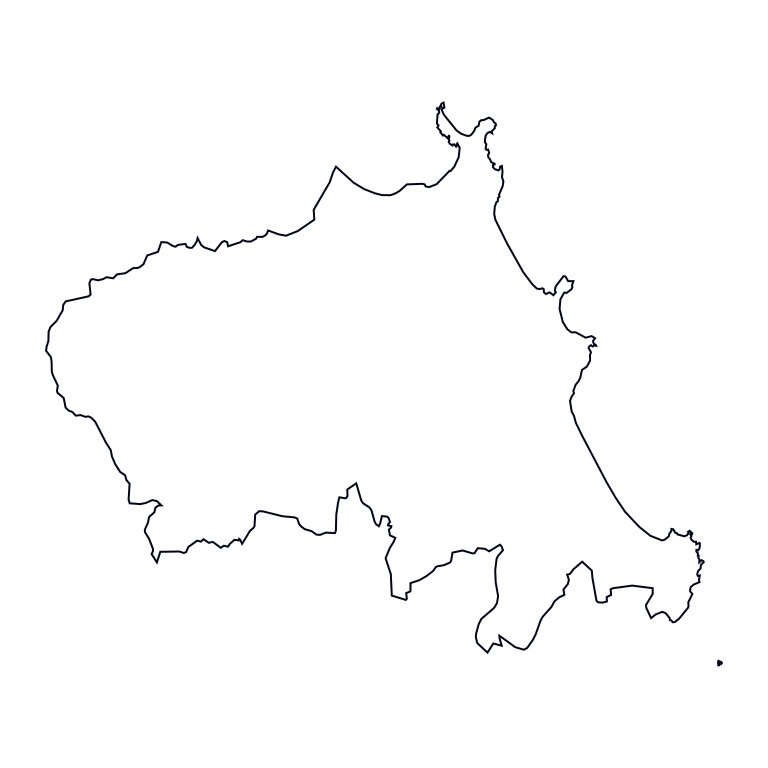 Binh Son, Quảng Ngãi, Vietnam
{"feature_id": "81297802B82760747397164", "entity_name": "Binh Son", "entity_type": "district", "adm_level": 2, "iso_a3": "VNM", "parent_name": "Vietnam", "parent_adm1": "Quảng Ngãi", "projection": "equal_earth", "projection_center": [108.804, 15.309], "detail": "fine", "context": "isolated", "style": "outline", "palette": "ink", "viewbox_px": 768, "rotation_deg": 0, "n_neighbors": 0, "source": "geoboundaries", "source_scale": "gbopen_adm2", "svg_char_len": 6096}
<svg xmlns="http://www.w3.org/2000/svg" viewBox="0 0 768 768"><path d="M651.1,618.1L655.6,614.5L662.3,611.8L665.7,613.2L669.6,618.0L669.9,620.1L671.4,620.4L672.6,622.2L674.7,622.1L679.1,618.7L687.9,607.9L688.5,606.5L688.3,602.3L692.4,594.0L690.1,591.3L690.3,588.6L690.9,586.9L693.8,584.5L699.5,582.1L698.9,580.0L699.8,575.5L697.9,575.9L697.3,574.7L697.5,572.7L698.4,570.6L700.5,568.7L701.0,564.7L703.7,562.2L703.4,561.1L701.5,560.2L699.3,562.3L699.4,559.3L698.3,558.1L698.7,555.8L697.8,555.7L697.9,553.3L696.3,551.5L696.5,549.8L698.3,550.3L699.7,547.6L699.9,543.4L699.3,542.9L696.3,544.3L696.1,541.8L694.0,541.8L691.6,539.8L690.6,537.6L691.5,536.0L690.3,534.5L690.9,533.4L692.2,533.8L692.2,533.1L689.6,530.8L688.0,531.9L688.7,532.7L687.2,535.1L684.3,536.3L677.5,534.4L677.2,533.3L675.3,532.8L673.3,529.3L671.4,528.9L671.4,531.0L669.5,533.4L668.7,536.5L664.5,539.8L662.0,540.4L650.4,535.8L639.3,526.9L625.0,511.7L615.8,498.0L606.5,482.1L581.8,435.1L575.8,422.7L574.0,415.9L571.7,411.5L570.0,401.1L571.6,396.7L574.0,393.2L573.3,391.2L575.6,384.8L578.7,381.0L580.3,377.5L582.0,369.9L586.8,366.7L590.1,360.5L590.0,354.9L591.0,352.3L588.6,348.0L589.0,346.7L591.0,345.2L592.7,346.5L594.5,345.4L596.1,345.8L595.7,344.8L594.1,344.1L593.2,342.2L593.1,340.8L595.1,338.2L591.5,336.1L585.6,337.7L575.7,332.3L571.2,332.3L567.3,329.2L562.8,322.0L559.6,309.0L560.4,299.3L564.2,292.6L566.6,292.9L571.5,289.2L572.4,287.1L572.0,285.2L573.4,281.1L568.1,281.1L565.5,276.5L563.5,276.2L555.7,286.4L554.8,290.8L555.9,292.2L553.4,295.2L549.7,292.4L545.8,294.0L544.0,292.4L543.7,289.2L542.4,288.3L539.6,289.1L536.9,288.6L532.6,284.6L523.3,272.3L507.2,243.7L495.4,219.8L494.2,214.0L494.8,206.6L496.4,202.2L497.8,201.3L498.0,198.0L499.5,196.7L499.0,194.8L502.7,186.1L503.4,181.2L502.0,177.3L502.5,171.4L501.8,165.9L500.1,166.7L499.6,169.4L498.4,170.4L494.7,169.1L492.8,166.8L493.0,165.0L494.6,164.5L494.6,163.7L491.1,162.1L490.1,159.4L488.4,157.5L488.0,154.9L489.2,153.0L488.1,149.5L486.4,149.8L485.6,148.9L486.3,144.2L485.0,142.3L485.0,139.4L485.8,135.4L487.5,133.0L489.8,131.9L492.2,133.3L491.7,131.3L494.8,128.2L494.8,126.3L496.0,125.2L495.6,123.4L493.9,122.2L492.9,120.1L489.1,117.6L483.5,120.1L481.4,120.1L479.4,121.7L478.6,125.8L475.5,127.6L474.1,131.1L471.4,134.6L469.0,136.0L466.0,135.6L460.9,133.6L456.5,130.4L443.8,114.6L441.9,110.1L442.3,108.5L444.4,107.8L443.6,102.7L441.6,103.6L440.7,105.1L441.4,106.7L439.8,106.8L439.7,108.8L437.2,108.1L436.8,108.9L439.0,110.8L439.2,112.9L437.6,114.3L436.9,123.5L438.5,125.5L437.3,127.4L440.9,131.4L440.3,132.2L443.0,135.5L443.9,134.8L447.5,138.1L448.8,135.8L449.4,136.1L448.9,139.8L449.4,140.8L448.7,142.0L449.9,143.9L452.5,145.5L453.0,144.4L454.3,144.4L456.1,146.7L457.2,145.5L456.8,144.0L457.4,143.3L459.7,147.8L458.7,157.1L454.3,166.7L450.5,171.1L449.5,170.9L436.6,184.2L429.1,187.1L425.6,186.4L424.7,184.4L422.3,183.8L406.9,184.4L399.4,191.1L394.3,193.9L390.4,195.2L382.1,195.1L374.6,193.2L364.2,189.1L353.6,182.7L336.0,166.7L333.0,172.5L329.7,182.3L313.7,209.8L314.3,219.6L297.9,231.0L286.1,235.7L278.8,234.4L268.1,230.5L266.7,234.0L265.1,235.5L262.5,236.9L257.1,236.8L256.0,238.8L250.8,241.5L247.0,241.5L242.7,240.2L240.4,242.2L228.1,246.3L227.2,242.2L224.3,241.0L221.7,242.4L215.0,251.1L204.2,247.4L201.2,245.0L197.6,238.0L196.8,241.2L194.5,245.1L192.1,247.7L189.8,247.9L186.7,246.8L185.5,243.9L178.0,244.9L175.5,246.7L173.1,246.1L167.2,242.5L161.3,242.1L158.0,251.8L147.2,255.5L143.5,264.2L139.7,267.1L137.4,268.0L133.2,268.1L125.3,273.2L117.0,274.4L113.2,278.3L106.5,277.2L103.1,279.1L98.1,280.3L92.9,279.1L90.9,279.6L89.4,283.3L90.6,294.5L88.7,296.3L65.7,301.4L63.2,305.0L62.7,310.3L56.6,320.9L50.4,327.1L48.6,331.8L48.4,341.0L46.6,346.6L46.1,350.8L50.9,357.1L51.6,361.7L51.8,371.4L52.7,374.8L57.8,385.6L57.0,391.0L57.5,392.8L63.7,398.0L65.6,407.6L68.7,410.6L72.4,412.0L75.7,415.6L80.6,415.1L85.3,416.8L88.4,416.4L91.1,417.6L95.2,421.7L106.1,442.9L110.7,450.0L112.0,456.6L115.2,464.1L120.2,472.0L125.1,475.3L126.5,480.2L129.6,483.7L128.6,499.6L129.7,503.3L140.2,504.1L145.7,503.0L152.3,500.1L156.9,501.1L161.4,505.4L158.6,505.5L155.5,507.5L154.3,512.3L149.1,517.0L147.9,522.9L144.8,529.7L145.0,532.2L149.1,538.8L153.0,549.0L152.9,551.4L151.6,554.0L156.9,562.4L160.3,551.8L179.3,551.5L183.8,553.0L186.1,552.1L188.3,547.0L197.1,540.7L201.0,541.6L203.5,539.2L208.8,542.8L212.8,541.9L220.8,547.8L223.9,545.7L228.0,546.7L229.8,543.9L234.5,539.8L238.7,540.4L239.1,538.9L240.1,539.6L242.1,543.8L250.1,530.7L253.4,528.0L254.5,526.1L255.2,514.6L259.2,511.2L263.0,511.4L282.3,516.2L294.5,517.4L297.2,518.5L299.2,524.2L301.0,526.3L304.6,529.1L311.7,531.2L316.4,534.6L320.0,534.9L325.9,532.6L335.0,533.1L335.9,530.4L336.3,514.6L338.1,502.4L339.4,497.3L345.1,498.3L346.5,497.8L347.5,495.9L347.3,489.5L356.2,483.3L361.3,500.6L363.1,503.3L369.4,507.4L371.5,510.4L374.7,521.9L376.2,524.4L378.9,526.2L380.2,523.3L381.9,516.1L387.1,516.6L388.5,517.8L390.0,522.1L388.3,523.9L388.0,525.4L391.4,526.2L391.1,527.5L388.9,529.6L390.0,535.4L395.3,537.8L393.7,541.7L389.8,548.0L385.6,558.3L390.8,574.0L391.8,595.6L405.8,599.9L406.8,598.8L406.2,593.1L410.0,591.6L410.5,590.6L410.5,583.1L419.1,580.3L426.3,576.2L433.1,571.0L435.9,567.0L437.3,566.3L443.9,565.2L450.1,562.5L451.1,560.9L452.5,552.6L462.6,550.5L472.6,553.4L474.5,553.2L477.8,548.2L484.8,548.8L489.2,551.3L499.9,544.7L501.5,546.3L503.0,550.2L497.9,556.1L496.6,558.8L495.2,570.1L495.7,582.4L498.1,596.1L497.0,603.1L494.1,607.9L481.4,618.9L478.8,623.9L476.2,633.3L475.8,636.9L477.2,643.0L487.5,652.6L493.3,643.5L501.7,645.7L499.6,638.4L499.4,635.7L515.3,647.2L523.8,649.7L527.2,647.9L532.9,639.8L535.7,634.3L540.4,621.0L542.7,616.7L551.3,607.1L554.5,601.3L559.1,597.4L564.4,594.8L563.4,589.6L567.8,584.1L568.9,580.0L567.2,574.6L570.0,573.9L573.4,569.3L582.2,561.7L591.8,570.6L592.4,577.8L596.1,598.7L596.6,601.0L598.2,602.3L602.6,602.6L606.9,601.5L606.7,597.1L611.1,594.9L610.6,589.3L613.0,588.2L632.2,585.6L652.7,588.2L652.7,593.9L646.0,605.0L646.3,607.9L651.1,618.1ZM721.5,662.2L718.5,660.8L718.0,661.6L718.3,665.3L719.4,665.2L719.7,663.3L721.3,663.9L721.9,663.2L721.5,662.2Z" fill="none" stroke="#020617" stroke-width="2"/></svg>